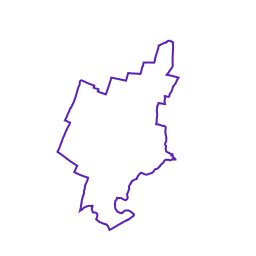 outline of Tanacu, Vaslui, Romania, rotated 226°
{"feature_id": "2599482B56716933323538", "entity_name": "Tanacu", "entity_type": "district", "adm_level": 2, "iso_a3": "ROU", "parent_name": "Romania", "parent_adm1": "Vaslui", "projection": "mercator", "projection_center": [27.831, 46.668], "detail": "fine", "context": "isolated", "style": "outline", "palette": "violet", "viewbox_px": 256, "rotation_deg": 226, "n_neighbors": 0, "source": "geoboundaries", "source_scale": "gbopen_adm2", "svg_char_len": 5610}
<svg xmlns="http://www.w3.org/2000/svg" viewBox="0 0 256 256"><g transform="rotate(226 128 128)"><path d="M188.7,130.0L190.5,129.3L191.6,128.9L194.7,127.6L194.9,126.8L195.0,126.4L194.9,125.8L194.6,125.3L194.4,124.9L193.2,124.0L192.3,122.1L191.9,120.9L190.8,118.7L189.6,116.9L189.0,115.7L187.9,113.9L186.3,111.0L185.7,109.7L184.6,107.6L183.2,103.8L182.1,100.7L182.1,100.3L182.3,99.7L181.7,98.9L180.9,97.4L180.3,95.5L178.3,90.9L177.3,87.9L175.7,88.6L172.0,90.0L171.0,87.6L170.5,85.8L169.8,83.9L168.9,81.2L166.9,76.8L165.6,73.4L165.3,72.9L164.0,70.6L163.4,68.9L162.4,67.0L161.2,64.4L160.3,62.1L159.8,60.7L155.0,61.7L144.1,63.4L136.1,65.2L136.0,64.8L135.9,64.5L135.3,63.1L134.8,61.9L134.6,61.5L134.3,60.5L133.9,59.4L133.6,58.7L127.2,61.1L125.5,61.9L122.1,63.7L120.0,64.8L119.8,64.5L119.6,64.0L118.6,62.7L118.0,61.3L117.9,60.8L117.1,58.8L116.9,58.1L116.6,57.4L114.6,55.0L114.0,54.2L113.7,53.3L113.3,52.6L112.8,52.1L111.7,51.2L111.5,50.9L111.3,50.3L110.8,49.4L110.4,48.6L110.4,48.2L109.6,47.3L109.1,46.5L108.4,45.1L107.9,44.3L106.9,43.2L106.3,42.2L106.0,42.2L105.7,41.8L105.5,41.3L105.0,40.5L104.7,40.2L104.2,39.6L103.6,38.9L103.0,37.8L102.1,36.7L101.8,36.1L101.7,36.7L101.5,37.3L101.5,37.9L101.2,38.5L101.2,39.0L101.3,39.5L101.4,40.0L101.2,41.0L101.0,42.0L100.3,43.6L99.7,45.1L99.2,45.8L98.5,46.4L97.1,47.8L96.9,48.0L96.8,48.4L96.6,48.3L96.2,47.9L95.8,47.3L95.8,46.8L95.3,46.3L95.0,45.7L94.2,45.2L93.7,45.0L92.6,44.6L91.8,44.1L91.1,44.5L90.8,44.8L90.3,45.5L88.9,46.2L88.4,46.2L87.3,46.0L86.2,45.1L84.3,41.6L83.1,41.8L79.8,42.3L79.5,42.5L78.8,42.9L77.3,43.4L76.4,43.9L75.6,44.2L75.3,44.4L75.1,44.8L74.5,44.8L74.2,44.9L73.6,45.5L73.3,45.6L72.8,45.4L72.6,45.5L71.5,45.5L69.6,44.8L67.6,43.9L67.0,45.8L66.7,46.6L66.6,47.0L64.9,54.2L64.7,55.1L64.6,55.3L63.9,57.8L63.4,60.1L63.1,60.9L63.0,61.4L62.9,61.5L62.9,62.0L62.4,63.8L61.9,63.8L61.8,64.8L61.6,65.9L61.5,67.2L61.3,68.7L61.2,69.0L61.1,69.8L61.0,70.7L61.1,71.3L61.1,71.6L61.3,71.9L61.5,72.1L62.0,72.2L63.0,72.1L63.0,72.3L66.5,71.7L67.2,71.5L68.4,71.0L70.8,68.4L70.7,67.7L71.0,65.8L71.2,65.3L70.8,65.0L71.7,63.8L72.1,63.4L72.7,63.1L73.8,62.9L75.1,62.2L77.6,62.7L78.8,62.9L79.9,63.7L81.8,65.4L82.3,65.5L82.4,65.8L83.1,66.5L83.5,67.2L83.9,67.7L84.3,68.0L84.4,68.9L84.4,70.0L84.5,70.3L84.8,70.9L85.4,71.5L84.0,72.5L83.6,72.9L83.6,73.3L83.1,73.7L83.0,73.8L82.7,74.1L81.3,74.7L80.0,75.0L77.9,76.1L77.7,76.2L77.6,76.7L77.6,77.4L77.5,78.0L78.0,79.4L78.5,79.6L80.9,81.2L81.1,81.3L81.3,82.3L82.0,83.6L83.2,86.3L84.1,87.2L85.0,87.8L85.3,88.3L85.5,88.7L86.3,91.1L86.1,91.2L86.8,93.1L86.9,93.3L86.7,93.4L86.8,93.7L87.1,93.9L87.1,94.0L86.9,94.6L86.6,95.4L86.4,96.4L86.3,96.9L85.5,98.4L85.4,98.8L85.4,99.1L85.5,99.3L85.9,99.8L86.0,100.0L86.6,102.1L86.6,102.3L86.7,102.8L86.9,104.7L86.9,105.3L86.9,105.9L86.4,106.6L86.2,106.8L85.9,106.9L84.4,107.3L83.7,107.7L82.6,108.1L81.9,108.5L81.2,109.6L80.8,110.3L80.0,111.9L79.7,112.7L79.0,114.2L79.0,114.8L79.0,115.4L79.0,115.7L79.1,117.2L79.2,117.5L79.5,118.2L79.5,118.7L79.2,119.4L78.6,120.4L78.2,121.5L78.2,121.8L78.2,122.1L78.3,122.7L78.3,123.8L78.4,124.8L78.7,125.5L78.7,125.8L78.7,126.5L78.6,128.3L78.6,129.1L78.7,129.8L78.9,130.6L79.1,131.1L79.2,131.9L79.2,132.6L79.1,132.9L78.8,133.3L78.0,133.7L77.9,133.9L77.6,134.4L77.6,134.7L77.4,134.9L76.8,135.2L76.2,135.4L75.6,135.8L75.2,136.3L74.9,137.2L74.8,137.5L74.9,137.9L74.8,138.1L73.7,138.8L73.2,139.3L73.0,139.7L72.4,140.3L72.5,140.4L73.6,140.3L75.3,140.4L76.3,140.1L76.5,140.1L76.7,140.5L78.3,141.8L78.6,141.5L78.7,140.3L79.5,140.7L80.4,140.6L81.1,140.4L81.5,140.1L82.6,139.8L83.1,139.5L84.2,139.3L84.4,139.2L85.0,139.4L86.5,140.5L87.2,140.8L88.3,142.7L88.4,142.8L88.6,142.9L89.6,143.0L90.3,143.2L90.7,143.5L91.1,144.1L91.3,144.4L91.4,145.0L91.6,145.3L91.9,146.1L92.8,147.3L93.8,148.1L94.2,148.8L94.9,149.1L96.3,150.1L97.4,150.7L98.4,151.4L100.4,153.3L101.6,154.8L102.8,155.9L103.3,155.8L104.8,155.1L105.0,154.8L105.3,154.6L105.7,154.2L107.0,153.7L107.3,153.5L109.1,152.5L109.7,152.2L111.1,150.9L112.5,152.9L114.3,154.5L114.7,155.0L114.9,155.5L115.3,155.9L116.2,156.9L116.7,157.6L117.7,158.6L118.0,159.0L119.5,159.9L120.3,160.8L121.2,161.5L122.3,163.0L122.7,163.4L123.2,163.8L123.3,163.9L123.3,164.5L123.8,165.5L124.4,167.1L124.7,167.3L119.5,171.2L120.8,172.0L121.4,172.6L122.3,173.3L122.7,174.0L123.0,174.5L123.6,175.1L124.6,175.8L125.5,176.7L125.1,177.0L124.3,177.3L124.1,177.5L123.3,178.0L122.2,178.8L122.2,179.4L122.4,180.1L122.6,180.4L122.8,180.7L123.3,181.2L123.5,181.6L123.6,182.2L123.8,183.8L124.9,186.6L125.7,187.6L126.4,189.2L126.7,190.1L127.0,193.1L127.1,193.5L128.0,195.4L128.4,196.5L128.9,198.2L129.1,199.3L134.3,196.3L139.4,192.8L139.6,195.1L140.3,198.1L140.5,199.6L141.2,202.7L141.3,202.9L141.9,203.6L144.3,205.7L149.3,210.7L155.2,217.0L155.6,217.3L157.5,218.8L157.6,219.1L157.7,219.5L158.0,219.7L158.6,219.7L158.9,219.9L159.1,219.9L159.8,219.3L160.5,219.1L161.4,219.0L161.7,218.8L161.9,218.6L162.1,218.1L162.5,217.6L162.9,216.8L163.3,215.8L162.8,215.3L162.8,215.0L163.2,214.5L163.4,214.2L163.8,213.8L164.0,213.4L164.2,212.6L164.8,210.8L165.4,208.8L166.0,207.3L165.8,207.0L165.5,206.9L165.1,206.2L164.7,205.7L164.3,205.1L163.2,203.1L162.6,201.9L159.9,197.0L159.1,195.6L158.5,194.9L158.3,194.8L158.1,194.8L156.8,192.2L159.3,189.8L164.2,184.8L162.7,182.5L162.2,181.7L162.0,180.9L161.7,180.3L161.3,179.6L159.3,176.5L158.6,175.2L158.3,174.4L158.7,174.1L159.6,173.4L163.9,169.3L165.5,167.9L167.4,166.3L164.4,161.2L163.5,159.4L171.4,154.1L173.2,152.8L175.8,151.0L174.2,148.3L170.2,140.7L167.6,135.4L172.6,132.8L175.3,131.7L175.8,132.8L176.3,133.7L179.7,131.8L180.9,131.3L181.9,133.2L186.6,130.9L188.6,130.0L188.7,130.0Z" fill="none" stroke="#5b21b6" stroke-width="2"/></g></svg>